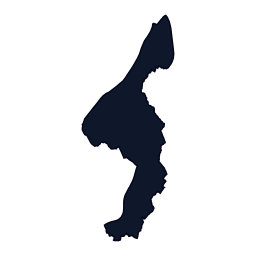 Ibadan North East, Oyo, Nigeria (Equal Earth projection)
{"feature_id": "59680162B74859155842016", "entity_name": "Ibadan North East", "entity_type": "district", "adm_level": 2, "iso_a3": "NGA", "parent_name": "Nigeria", "parent_adm1": "Oyo", "projection": "equal_earth", "projection_center": [3.928, 7.378], "detail": "fine", "context": "isolated", "style": "filled", "palette": "ink", "viewbox_px": 256, "rotation_deg": 0, "n_neighbors": 0, "source": "geoboundaries", "source_scale": "gbopen_adm2", "svg_char_len": 5863}
<svg xmlns="http://www.w3.org/2000/svg" viewBox="0 0 256 256"><path d="M165.8,15.4L165.4,15.5L165.1,15.6L163.3,16.9L162.1,18.7L161.8,19.4L161.6,19.3L161.4,19.2L157.3,24.4L156.3,24.4L155.0,23.9L154.3,23.6L154.1,23.5L153.7,23.5L153.2,23.7L152.8,24.0L152.5,26.6L151.7,28.8L150.7,31.4L147.6,36.5L144.9,40.4L144.5,41.0L141.6,47.8L139.8,53.4L139.3,54.6L137.8,57.8L136.5,60.2L135.7,61.5L135.2,62.5L133.6,65.3L131.4,68.8L127.5,74.6L125.1,78.3L122.9,81.1L121.9,81.9L121.1,82.7L120.7,82.9L119.0,84.3L117.2,86.0L108.8,92.4L106.4,93.4L103.2,95.8L101.0,98.2L96.3,104.3L93.7,107.4L90.0,112.2L87.8,114.9L87.8,115.0L84.8,118.8L83.3,123.3L83.0,123.9L82.4,124.4L82.6,124.8L82.7,126.1L82.4,128.0L82.3,128.9L82.4,130.0L82.6,130.6L83.3,131.6L83.6,132.6L84.5,134.0L85.0,134.7L85.4,135.0L85.8,135.0L86.5,134.9L87.7,136.8L88.2,137.8L90.8,142.7L91.4,143.4L91.9,144.0L94.9,146.3L95.5,145.8L96.6,145.5L97.2,146.0L97.8,145.9L98.7,144.9L100.3,143.6L100.2,143.0L101.0,142.2L102.5,142.1L103.1,142.6L104.1,142.5L104.7,142.0L105.5,142.2L105.9,142.9L106.3,143.4L106.9,143.2L107.8,144.1L108.2,145.3L108.8,146.5L109.9,147.3L111.2,148.9L113.1,148.9L114.8,148.5L116.3,148.8L117.1,147.3L119.0,146.9L119.6,148.1L121.2,151.5L123.3,156.2L124.0,158.0L125.5,157.7L126.9,157.6L127.4,157.9L129.4,159.7L132.8,161.8L134.0,162.9L134.5,163.6L135.2,164.3L136.0,165.0L137.4,165.9L136.4,168.8L134.7,174.9L133.6,178.6L132.2,182.0L131.1,184.0L129.7,187.0L129.6,187.7L129.0,187.8L125.5,194.6L124.9,196.0L124.2,198.9L123.9,200.6L123.8,202.8L123.8,208.6L123.6,211.0L123.3,212.8L122.7,214.3L122.0,215.8L121.1,217.3L119.8,218.6L118.1,219.8L116.1,220.7L113.6,221.3L110.9,222.0L108.9,222.7L106.4,223.9L104.5,225.1L104.6,225.7L104.9,226.4L105.4,227.6L105.8,228.5L106.2,229.0L106.4,229.4L106.5,229.7L106.4,229.9L106.2,230.7L106.2,231.0L106.4,231.4L106.5,232.1L106.8,233.0L108.1,233.1L108.5,233.0L109.2,235.0L109.2,235.4L109.5,236.0L110.3,235.9L111.3,235.6L112.0,235.1L112.4,235.1L112.7,235.9L113.2,236.4L113.9,236.8L114.2,237.4L114.2,238.1L114.0,239.2L113.9,239.5L113.6,239.8L113.5,240.1L114.2,240.5L115.0,240.6L116.6,240.5L118.5,240.6L119.1,240.4L120.2,240.0L120.3,239.9L120.5,239.1L120.6,237.7L120.6,236.6L122.1,236.2L122.8,236.3L123.3,236.3L123.7,236.2L124.1,236.0L124.0,235.5L124.1,235.3L124.8,235.0L125.0,234.8L125.8,233.8L126.2,233.4L126.4,233.4L126.5,233.6L126.9,234.5L127.1,234.7L128.0,234.2L128.2,234.3L128.3,234.5L128.7,236.1L128.8,236.3L129.1,236.3L129.7,236.1L131.1,235.6L131.5,235.5L131.8,235.6L132.2,235.7L133.0,236.1L133.6,236.7L134.3,237.3L136.0,238.0L137.1,238.3L137.5,237.1L137.8,235.9L138.0,234.6L138.3,232.0L138.6,232.0L138.8,231.5L139.0,231.3L139.8,231.1L140.7,230.6L140.7,229.3L140.8,228.8L141.1,228.5L141.3,228.0L141.5,227.9L141.6,227.4L141.7,226.7L141.4,226.3L141.5,226.0L143.3,222.1L142.9,221.1L141.5,218.6L142.5,217.2L143.5,218.7L144.2,218.0L144.7,218.8L144.9,218.7L145.9,217.5L146.9,216.3L148.0,214.6L148.5,214.6L149.0,214.2L149.7,213.2L152.4,211.4L153.0,210.3L153.8,208.5L153.9,208.1L153.1,206.5L152.8,206.1L152.4,205.9L152.2,205.7L152.1,205.1L151.7,204.6L151.6,204.2L151.8,203.6L151.7,203.3L151.4,202.6L151.2,202.5L151.1,202.1L151.1,201.8L151.2,201.2L151.2,200.9L150.8,199.7L150.9,198.8L150.9,198.7L151.2,198.5L151.6,197.8L152.2,197.0L152.5,196.6L152.5,196.2L152.6,195.9L153.0,195.4L153.3,195.2L154.1,195.1L154.6,194.7L155.0,194.7L155.4,194.3L156.3,192.4L157.4,192.1L158.0,191.6L158.3,191.5L158.9,192.3L159.1,192.3L159.5,192.6L160.2,193.3L160.3,193.2L161.6,191.0L162.7,189.6L164.0,187.5L164.2,187.4L162.6,186.5L162.8,186.1L163.4,184.5L163.8,183.9L164.6,182.7L165.3,181.9L165.8,181.3L165.3,180.5L165.1,180.7L164.9,180.6L163.2,178.9L163.7,177.7L164.6,176.5L165.5,175.4L166.8,174.1L166.4,173.2L165.5,170.7L165.0,170.9L164.6,168.9L164.0,167.7L163.6,167.3L162.9,166.5L159.6,162.4L159.4,162.1L158.7,161.9L158.7,161.6L158.8,160.8L159.2,159.8L159.2,159.1L159.1,158.0L159.1,157.3L159.3,155.9L159.5,155.2L159.4,154.2L159.5,153.9L160.4,152.5L160.7,151.2L161.2,150.1L160.9,149.4L160.7,149.1L160.7,148.9L160.7,148.5L160.9,147.7L161.0,146.6L160.7,145.8L160.8,145.4L161.6,145.2L162.3,144.6L163.5,144.1L163.8,143.4L164.1,143.2L164.9,142.9L165.1,142.7L165.0,141.9L164.4,140.5L163.9,138.8L162.9,136.4L162.5,135.6L161.7,133.2L161.1,131.9L160.6,131.3L160.5,131.0L160.6,130.6L160.9,130.1L161.2,129.8L161.7,129.2L162.5,127.8L163.0,127.4L163.8,126.8L164.2,125.1L164.1,124.9L164.1,124.7L164.3,124.2L164.3,123.9L164.2,123.6L164.0,123.4L163.9,123.4L163.6,123.5L163.4,123.7L163.0,123.8L162.8,123.7L162.7,123.6L162.7,122.8L162.1,121.8L161.8,121.6L161.4,121.6L161.0,121.2L160.5,120.2L160.0,119.4L159.6,119.0L158.7,118.5L158.5,118.3L158.3,117.6L157.6,116.6L157.1,116.0L156.2,115.3L155.9,114.8L155.7,114.3L154.8,113.3L154.6,113.0L154.1,111.8L154.3,110.0L154.3,109.5L154.1,108.4L154.0,108.0L153.7,107.7L153.5,107.4L153.1,107.1L152.7,107.2L152.3,107.2L152.0,106.9L151.6,106.5L151.3,106.3L150.9,106.1L150.6,105.8L149.9,105.5L148.9,105.4L148.4,105.2L148.1,104.6L148.0,104.2L148.0,103.7L148.1,103.2L148.1,102.8L148.0,102.1L147.9,101.9L147.5,101.2L146.8,101.0L146.2,100.7L146.6,98.0L145.9,97.4L145.4,95.7L144.6,93.9L144.1,93.4L143.6,93.2L143.4,93.2L143.0,93.0L142.5,93.1L141.3,92.7L141.1,90.0L141.1,88.5L141.9,88.6L142.0,87.3L142.4,83.5L142.6,82.4L142.7,82.1L142.9,81.9L143.2,81.8L144.0,81.2L144.1,80.8L144.2,79.2L144.7,79.0L145.1,78.8L146.6,77.7L147.7,75.9L147.7,75.7L147.5,75.3L147.9,73.9L149.3,72.7L149.7,72.3L150.1,72.7L150.3,72.7L151.1,71.2L151.4,70.6L151.6,69.8L152.5,70.5L154.7,71.6L155.0,70.9L155.3,70.1L155.9,67.2L156.7,67.5L157.7,68.2L158.5,66.3L159.0,66.4L160.8,67.1L161.4,67.9L162.6,67.8L162.8,67.9L163.5,68.5L163.9,68.7L164.5,68.4L165.1,68.3L166.3,68.6L166.6,68.5L167.2,68.1L167.8,67.9L168.3,67.5L169.5,65.8L170.6,64.4L171.8,62.3L173.2,58.5L173.7,53.8L173.2,48.7L170.8,28.6L170.3,25.9L169.5,22.9L169.0,21.2L168.4,19.9L167.9,18.8L167.7,18.3L167.5,17.7L165.8,15.4Z" fill="#0f172a" stroke="#020617" stroke-width="1.5"/></svg>